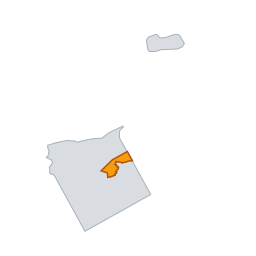 Nkimi, Centro Sur, Equatorial Guinea shown in context, rotated 61°
{"feature_id": "11065452B74289865102960", "entity_name": "Nkimi", "entity_type": "district", "adm_level": 2, "iso_a3": "GNQ", "parent_name": "Equatorial Guinea", "parent_adm1": "Centro Sur", "projection": "equal_earth", "projection_center": [10.486, 1.923], "detail": "fine", "context": "in_parent", "style": "filled", "palette": "amber", "viewbox_px": 256, "rotation_deg": 61, "n_neighbors": 0, "source": "geoboundaries", "source_scale": "gbopen_adm2", "svg_char_len": 3181}
<svg xmlns="http://www.w3.org/2000/svg" viewBox="0 0 256 256"><g transform="rotate(61 128 128)"><path d="M197.1,140.4L197.2,155.3L197.3,167.9L197.3,181.6L197.4,195.8L197.4,207.9L197.5,215.7L187.7,215.7L174.6,215.6L161.6,215.6L148.6,215.5L142.1,215.5L134.8,215.4L132.5,215.9L130.9,217.8L129.0,218.3L126.8,216.6L124.1,215.8L123.4,214.0L122.0,210.9L119.3,210.5L118.0,210.9L116.0,212.7L113.9,213.6L114.3,212.2L110.0,208.3L106.9,207.9L104.1,206.7L106.4,196.6L109.3,187.6L113.6,180.8L115.9,179.2L116.6,175.8L120.0,164.8L124.2,155.8L122.9,146.8L123.9,131.5L125.2,131.9L125.4,133.4L125.7,135.5L127.3,137.4L132.5,140.3L148.2,140.3L157.5,140.3L171.4,140.3L186.0,140.3L197.1,140.4ZM73.0,37.7L74.2,38.0L81.3,37.7L83.3,41.1L83.0,46.2L75.7,60.8L74.3,67.0L71.4,72.2L69.0,72.6L60.5,69.6L59.0,67.7L58.5,65.2L59.4,59.4L60.0,57.6L64.1,56.5L65.4,55.5L67.6,49.2L68.3,43.5L70.1,39.2L73.0,37.7Z" fill="#d9dde1" stroke="#a8b0b8" stroke-width="1"/><path d="M158.5,156.0L158.4,156.0L158.2,156.0L158.2,155.9L158.1,155.7L157.9,155.5L157.8,155.8L157.7,155.8L157.7,155.7L157.4,155.5L157.1,155.8L157.1,155.7L156.9,155.8L156.7,155.8L156.4,155.8L156.1,156.0L155.9,156.1L155.8,156.3L155.7,156.3L155.7,156.2L155.4,156.1L155.2,156.0L155.0,156.3L154.9,156.5L154.8,156.4L154.7,156.3L154.6,156.2L154.4,156.2L154.3,156.3L154.2,156.3L154.1,156.5L153.9,156.7L153.7,156.7L153.6,156.8L153.6,156.7L153.4,156.6L153.4,156.4L153.2,156.2L152.8,156.0L152.7,155.9L152.4,155.7L152.4,155.4L152.4,155.2L152.2,155.1L151.9,155.0L151.5,154.7L151.6,154.4L151.8,154.3L151.9,154.2L152.3,153.6L152.4,153.4L152.6,153.3L152.6,153.2L152.9,152.9L153.0,152.7L153.4,152.3L153.5,152.2L153.6,151.9L153.8,151.7L154.0,151.4L154.3,151.2L154.5,151.0L154.6,150.9L154.8,150.8L154.8,150.7L155.0,150.6L155.3,150.5L155.3,150.4L155.4,150.2L155.5,150.1L155.8,150.0L155.8,149.9L155.8,149.7L155.7,149.5L155.8,149.4L155.8,149.2L155.9,148.9L156.0,148.9L156.2,148.6L156.1,148.3L156.1,148.2L156.2,147.9L156.3,147.7L156.4,147.4L156.4,147.2L156.4,146.9L156.4,146.7L156.5,146.6L156.8,146.4L157.0,144.3L157.2,143.9L157.3,143.4L157.3,142.9L157.4,142.4L157.6,142.1L157.9,141.7L158.2,141.5L158.6,140.9L158.8,140.5L158.8,140.4L158.8,140.0L148.2,140.0L148.2,156.9L152.4,172.3L157.3,167.8L161.3,169.6L161.3,169.4L161.4,169.2L161.5,169.1L161.6,168.8L161.6,168.7L161.9,168.1L162.0,167.8L162.1,167.7L162.1,167.4L162.2,167.2L162.3,166.9L162.3,166.7L162.4,166.4L162.5,166.2L162.6,165.9L162.6,165.7L162.5,165.1L162.4,165.0L162.5,164.8L162.5,164.7L162.8,164.3L162.8,164.2L162.7,164.1L162.6,163.9L162.7,163.7L162.7,163.3L162.7,163.1L162.8,162.9L163.0,162.6L163.1,162.4L163.2,162.2L162.9,162.0L162.7,161.9L162.6,162.0L162.5,161.9L162.4,161.9L162.2,162.1L161.9,161.9L161.7,161.6L161.7,161.4L161.7,161.2L161.7,160.8L161.7,160.7L161.8,160.4L161.9,160.1L161.8,159.8L161.7,159.8L161.6,159.7L161.4,159.7L161.3,159.9L161.2,160.0L161.1,159.9L161.0,159.7L160.9,159.8L160.7,159.8L160.5,159.7L160.6,159.3L160.5,159.1L160.4,158.9L160.3,159.0L160.3,158.9L160.2,158.8L159.8,158.6L159.7,158.4L159.5,158.2L159.4,158.1L159.3,157.9L159.2,157.6L159.2,157.4L159.2,157.1L159.2,156.8L159.2,156.7L159.0,156.4L158.9,156.2L158.6,156.1L158.5,156.0Z" fill="#f59e0b" stroke="#b45309" stroke-width="1.5"/></g></svg>